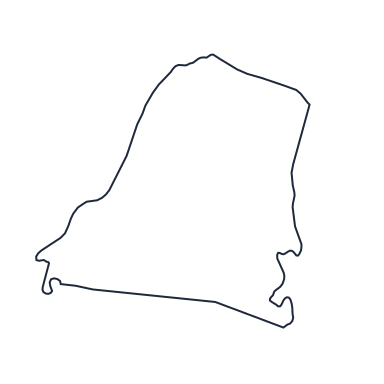 the District of Nickerie, rotated 16°
{"feature_id": "SUR-37", "entity_name": "Nickerie", "entity_type": "District", "adm_level": 1, "iso_a3": "SUR", "parent_name": "Suriname", "parent_adm1": "", "projection": "natural_earth1", "projection_center": [-56.858, 5.617], "detail": "fine", "context": "isolated", "style": "outline", "palette": "slate", "viewbox_px": 384, "rotation_deg": 16, "n_neighbors": 0, "source": "natural_earth", "source_scale": "10m", "svg_char_len": 1618}
<svg xmlns="http://www.w3.org/2000/svg" viewBox="0 0 384 384"><g transform="rotate(16 192 192)"><path d="M61.2,300.3L60.0,297.0L61.1,293.2L63.5,289.5L78.2,272.4L81.3,266.8L82.5,258.6L82.9,251.1L83.8,245.6L86.6,238.3L90.7,233.4L93.4,230.4L103.1,226.1L107.2,222.3L110.0,218.0L112.0,213.0L119.2,175.3L120.7,142.1L122.8,130.5L123.4,121.7L127.0,107.5L130.5,97.8L138.5,82.6L139.8,78.7L141.5,75.6L144.0,73.6L150.9,72.1L153.0,70.6L154.5,69.0L156.1,68.3L157.5,67.3L161.3,62.3L163.0,60.7L166.0,59.4L169.0,58.8L172.3,54.9L174.5,54.1L182.8,56.6L201.5,61.7L212.6,63.2L227.5,63.2L251.1,64.3L264.1,65.2L269.3,67.5L278.6,74.3L280.9,75.5L281.0,78.9L281.6,137.3L282.4,146.1L287.1,158.0L290.4,164.0L291.6,167.1L292.2,175.1L292.9,178.8L300.5,196.6L311.6,212.0L312.3,214.4L312.9,218.0L312.2,222.3L311.3,224.0L309.7,224.2L306.2,221.7L304.2,221.0L302.3,221.4L300.5,223.1L299.0,225.0L297.2,226.6L295.3,226.8L293.3,226.4L291.6,226.7L291.2,228.8L292.3,232.4L302.3,244.2L303.8,247.0L304.6,250.4L304.3,255.3L303.0,258.7L301.3,261.1L299.8,262.9L298.5,265.1L298.3,268.9L297.1,271.1L296.4,273.2L296.8,274.8L298.9,275.7L303.7,277.0L306.4,278.2L308.3,277.5L309.0,275.7L309.9,270.5L311.0,268.2L312.4,267.0L314.1,266.8L316.1,268.1L318.5,271.7L320.3,275.6L322.3,281.5L323.9,284.9L324.0,288.2L322.6,291.4L320.4,293.0L317.2,297.1L244.7,291.3L123.6,313.0L106.0,314.2L91.2,316.7L90.9,316.0L89.6,313.9L86.6,312.8L83.2,313.0L80.6,314.7L80.1,318.1L81.7,321.5L84.8,325.7L84.0,328.0L82.0,329.5L79.4,329.9L76.7,329.1L75.2,327.1L74.7,324.4L74.2,300.0L73.2,299.0L71.3,299.1L68.3,298.2L63.9,300.3L61.2,300.3Z" fill="none" stroke="#1e293b" stroke-width="2"/></g></svg>